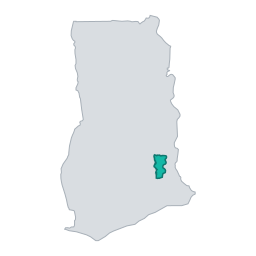 Kwahu Afram Plains North, Eastern, Ghana shown in context
{"feature_id": "2480657B6837938265733", "entity_name": "Kwahu Afram Plains North", "entity_type": "district", "adm_level": 2, "iso_a3": "GHA", "parent_name": "Ghana", "parent_adm1": "Eastern", "projection": "natural_earth1", "projection_center": [-0.105, 6.867], "detail": "medium", "context": "in_parent", "style": "filled", "palette": "teal", "viewbox_px": 256, "rotation_deg": 0, "n_neighbors": 0, "source": "geoboundaries", "source_scale": "gbopen_adm2", "svg_char_len": 4166}
<svg xmlns="http://www.w3.org/2000/svg" viewBox="0 0 256 256"><path d="M157.1,17.2L159.0,19.3L159.4,20.5L158.7,25.1L157.3,28.3L156.4,31.2L156.6,32.7L157.4,34.2L160.4,36.6L161.9,38.1L163.6,40.4L165.7,42.7L169.2,45.6L170.7,46.2L170.6,47.0L170.1,48.1L169.8,59.1L169.5,61.9L169.3,63.3L169.0,67.4L168.6,68.0L167.9,68.0L167.3,68.1L167.2,68.9L167.4,69.8L169.5,70.4L169.1,71.0L167.5,71.5L166.8,72.8L167.1,74.2L166.2,75.3L166.5,76.1L167.0,76.6L167.9,76.4L170.4,74.5L171.4,74.3L172.7,74.7L175.1,77.6L175.2,79.0L174.2,83.8L173.3,87.6L173.1,92.5L174.1,95.3L174.0,96.8L172.9,98.2L170.4,100.1L170.6,101.4L171.7,103.8L173.8,106.6L177.8,109.9L180.0,114.3L180.0,116.1L178.8,117.9L177.3,119.4L176.8,121.7L177.5,136.4L174.3,142.7L174.3,144.6L174.6,146.7L175.5,147.9L177.1,148.3L178.4,149.5L177.9,154.0L177.2,158.6L177.1,160.8L176.7,161.8L175.5,162.7L175.0,164.1L175.3,165.9L175.1,167.2L175.8,168.9L177.2,171.0L179.6,176.3L180.5,176.7L180.9,177.8L180.6,178.9L181.5,181.2L184.1,183.5L186.8,185.6L189.0,185.9L189.6,187.7L191.0,190.0L192.1,191.0L193.7,191.7L195.1,192.0L195.2,194.0L192.7,195.3L191.0,197.3L189.7,200.4L188.0,203.8L181.9,205.6L179.6,205.6L167.0,205.7L155.3,212.3L148.6,214.7L144.4,218.4L138.9,221.1L135.0,224.3L126.9,225.9L113.6,231.0L109.5,233.0L105.3,236.5L98.4,240.6L95.7,240.6L90.4,236.7L86.4,234.8L76.5,231.8L69.2,230.7L65.7,229.4L64.7,229.2L65.5,227.8L67.6,227.7L69.7,228.1L71.3,227.0L73.7,226.9L74.4,225.8L74.6,223.0L74.5,220.7L75.4,219.7L75.6,217.1L74.4,211.2L73.6,210.5L69.3,209.7L69.0,208.5L68.2,207.3L67.4,204.2L66.5,199.7L65.0,194.1L62.1,184.9L61.4,181.6L60.9,178.3L60.8,174.3L61.4,172.8L61.3,170.8L61.1,168.7L63.1,164.0L67.1,158.3L67.9,156.2L68.7,154.8L68.8,152.7L69.5,146.0L71.4,137.9L72.6,134.8L73.4,133.2L74.4,130.5L74.7,129.2L78.3,126.0L80.0,125.2L80.4,123.9L79.8,122.5L80.1,121.6L80.9,121.1L82.3,120.8L83.3,119.5L81.7,109.5L80.5,99.5L80.4,98.6L79.7,97.3L79.0,93.1L77.8,90.7L76.0,90.0L76.0,87.8L77.8,83.9L78.2,81.7L77.4,81.0L77.3,79.3L77.9,76.4L77.6,74.7L77.3,72.8L75.5,68.5L75.1,65.4L76.0,63.6L76.0,59.6L75.0,53.5L74.9,49.7L75.5,48.0L75.2,46.5L73.9,45.1L73.8,43.7L74.9,42.3L74.8,41.2L73.4,40.4L72.2,38.6L71.1,35.6L71.3,30.8L73.4,22.0L73.7,21.3L76.0,21.3L76.0,21.7L83.4,21.6L91.7,21.5L101.7,21.4L110.8,21.3L111.2,20.9L112.7,20.4L121.9,21.3L127.7,20.9L130.1,21.2L131.9,21.8L135.9,21.4L138.0,21.6L139.6,23.8L140.2,23.8L141.1,22.9L142.7,21.8L144.3,21.0L145.5,19.3L146.2,18.0L147.2,18.2L148.7,18.1L149.7,17.0L150.1,15.4L157.1,17.2Z" fill="#d9dde1" stroke="#a8b0b8" stroke-width="1"/><path d="M162.3,177.2L162.5,175.4L162.9,173.7L163.1,173.5L164.1,173.1L164.3,172.9L165.2,172.6L165.3,172.4L165.5,170.5L165.2,169.7L165.0,169.4L164.0,168.4L163.6,168.4L163.2,168.0L162.9,167.5L162.8,166.5L162.9,165.9L163.3,165.1L163.7,164.7L165.1,164.2L165.4,164.0L165.7,163.6L166.1,162.9L166.0,162.2L165.9,161.7L165.2,160.2L165.1,159.6L165.3,159.1L166.0,158.5L166.5,157.5L166.5,156.7L166.3,156.1L165.7,155.8L164.7,155.6L164.1,155.6L162.9,155.5L162.5,155.5L162.1,155.7L161.6,155.6L161.2,155.9L160.7,155.9L160.4,155.6L160.1,155.4L159.8,155.5L159.5,155.4L159.3,155.1L159.0,155.2L158.7,155.2L158.3,155.2L157.6,155.1L157.3,155.4L156.9,155.6L156.6,155.7L156.2,155.5L156.1,155.2L155.9,155.1L155.3,155.2L154.9,155.1L154.7,154.9L154.5,155.1L154.3,155.1L154.1,155.4L154.2,156.1L154.0,156.5L154.0,156.9L154.1,157.1L154.4,157.7L154.5,157.7L154.6,157.9L154.6,158.2L154.4,158.6L154.6,159.4L154.5,159.9L154.6,160.1L154.9,160.2L155.1,160.4L155.1,160.5L154.9,160.7L155.0,161.0L155.3,161.1L155.6,161.3L155.4,161.7L155.4,161.9L155.3,162.1L155.4,162.5L155.5,162.6L156.0,162.8L155.9,163.1L155.9,163.4L155.7,163.7L155.4,163.2L154.8,164.0L154.8,164.3L154.6,164.8L154.6,165.1L154.2,165.3L154.2,165.5L154.1,166.0L154.1,166.7L154.3,166.9L154.6,167.0L155.1,167.3L155.2,167.7L155.5,167.8L155.7,168.1L156.1,168.5L156.0,168.8L156.6,169.1L157.0,169.5L156.8,169.6L156.5,170.0L156.5,170.6L156.2,171.3L156.0,171.7L155.8,172.6L156.3,172.5L156.5,172.7L156.6,172.9L156.5,173.1L156.4,173.2L156.3,173.4L156.2,173.7L156.4,174.0L156.2,174.3L156.4,174.5L156.5,174.6L156.3,175.0L156.3,175.4L156.3,178.1L156.9,178.2L157.3,178.4L158.6,178.2L159.2,178.3L162.3,177.2Z" fill="#14b8a6" stroke="#0f766e" stroke-width="1.5"/></svg>